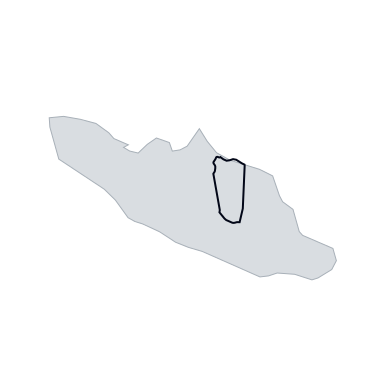 Jamaica, with Manchester highlighted, rotated 196°
{"feature_id": "JAM-1372", "entity_name": "Manchester", "entity_type": "Parish", "adm_level": 1, "iso_a3": "JAM", "parent_name": "Jamaica", "parent_adm1": "", "projection": "mercator", "projection_center": [-77.454, 18.04], "detail": "fine", "context": "in_parent", "style": "outline", "palette": "ink", "viewbox_px": 384, "rotation_deg": 196, "n_neighbors": 0, "source": "natural_earth", "source_scale": "10m", "svg_char_len": 1357}
<svg xmlns="http://www.w3.org/2000/svg" viewBox="0 0 384 384"><g transform="rotate(196 192 192)"><path d="M194.0,139.2L212.1,144.8L230.7,147.7L238.8,147.9L246.4,149.7L263.4,163.1L277.1,170.5L329.1,186.9L346.5,215.2L349.7,224.0L336.3,229.3L319.4,231.1L303.2,231.4L288.3,226.0L281.8,221.8L266.2,219.8L270.1,216.0L263.2,214.2L254.5,214.6L248.1,225.5L241.1,234.1L227.4,233.3L222.2,225.9L215.1,229.2L209.3,234.7L202.4,254.9L191.3,244.9L179.2,236.5L164.0,233.0L133.4,232.4L118.9,229.7L106.9,212.5L102.2,207.6L90.1,203.1L78.0,183.5L73.7,180.8L41.0,176.6L34.3,165.8L36.3,156.0L47.2,144.1L52.5,140.6L70.6,141.2L87.8,137.6L95.4,132.4L103.3,129.1L165.9,137.7L180.3,137.8L194.0,139.2Z" fill="#d9dde1" stroke="#a8b0b8" stroke-width="1"/><path d="M174.3,233.4L174.1,233.3L170.9,232.1L167.4,231.6L164.7,232.8L161.6,234.9L158.4,235.2L151.9,233.3L149.1,232.8L148.7,232.1L138.6,190.1L137.9,176.1L139.8,175.6L140.7,175.3L142.3,174.3L143.4,173.8L144.3,173.6L145.1,173.6L150.8,174.4L151.2,174.4L153.4,175.4L160.0,180.0L160.3,182.3L176.5,215.4L176.3,216.3L175.9,217.5L175.8,218.3L175.9,219.3L176.2,221.4L176.5,222.4L176.7,223.1L177.4,224.0L179.1,225.4L179.4,226.0L179.6,226.5L179.5,227.0L178.6,229.9L178.3,231.8L178.2,232.2L177.9,232.5L177.6,232.7L177.2,232.8L176.8,232.8L175.5,232.7L175.0,232.8L174.7,233.0L174.3,233.4Z" fill="none" stroke="#020617" stroke-width="2"/></g></svg>